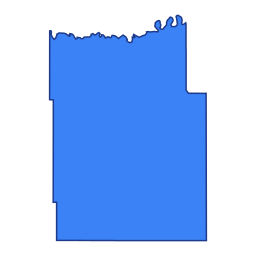 the district of Tripp, South Dakota, United States of America
{"feature_id": "52423323B24567784344000", "entity_name": "Tripp", "entity_type": "district", "adm_level": 2, "iso_a3": "USA", "parent_name": "United States of America", "parent_adm1": "South Dakota", "projection": "equal_earth", "projection_center": [-99.824, 43.382], "detail": "fine", "context": "isolated", "style": "filled", "palette": "blue", "viewbox_px": 256, "rotation_deg": 0, "n_neighbors": 0, "source": "geoboundaries", "source_scale": "gbopen_adm2", "svg_char_len": 3014}
<svg xmlns="http://www.w3.org/2000/svg" viewBox="0 0 256 256"><path d="M49.7,30.8L49.6,99.7L53.3,99.9L53.3,125.4L53.2,202.3L56.6,202.2L56.6,240.4L72.7,240.4L72.8,240.4L74.5,240.4L93.6,240.5L95.1,240.5L100.3,240.5L110.1,240.5L112.4,240.5L112.5,240.5L117.7,240.6L119.8,240.6L128.9,240.6L130.7,240.6L132.9,240.6L135.2,240.6L141.5,240.6L144.3,240.6L145.7,240.6L146.4,240.6L149.1,240.6L153.6,240.6L159.3,240.6L163.0,240.6L164.7,240.6L168.7,240.6L169.2,240.6L198.5,240.6L206.1,240.6L206.4,240.6L206.1,93.3L203.9,93.4L198.0,93.3L192.2,93.3L188.4,93.3L186.1,90.1L186.1,85.2L186.1,80.5L186.1,72.6L186.1,70.0L186.1,62.2L186.1,53.5L186.0,45.0L186.0,35.2L186.0,23.8L185.7,22.8L185.4,23.0L184.9,23.4L184.5,23.8L184.0,24.1L183.4,24.3L182.9,24.5L182.1,24.4L181.9,24.2L181.6,23.8L181.7,23.2L181.8,22.6L181.9,22.4L181.8,21.5L182.0,21.1L182.1,20.3L182.0,19.7L181.9,19.2L181.6,18.1L181.1,17.2L180.4,16.8L179.6,16.3L178.6,15.5L178.1,15.4L177.4,15.4L176.9,15.7L176.5,15.9L176.2,16.3L176.2,16.9L176.3,17.6L176.5,17.9L176.7,18.5L176.6,19.1L176.8,19.7L176.9,20.1L177.0,20.7L177.0,21.9L177.3,22.5L177.3,23.4L177.4,24.1L177.2,24.7L176.8,25.2L176.5,25.5L176.2,25.9L175.8,26.1L175.4,26.4L174.6,26.6L173.0,26.6L172.2,26.6L171.9,26.5L171.6,26.1L171.2,25.8L170.9,25.0L171.1,24.3L171.3,23.7L171.7,23.2L171.9,22.9L172.2,22.5L172.3,22.2L172.5,21.9L172.8,21.3L173.0,21.0L173.1,20.6L173.0,20.1L172.9,19.6L172.8,19.1L172.6,18.6L172.3,18.1L171.8,17.7L171.2,17.5L170.7,17.1L170.2,17.2L169.6,17.7L169.2,18.2L169.0,18.7L168.6,19.3L168.3,19.6L167.9,19.7L167.6,20.0L167.3,20.5L167.0,21.1L166.9,21.6L166.8,22.0L166.6,22.4L166.6,22.9L166.6,23.7L166.6,24.2L166.5,24.9L166.4,25.2L165.9,25.6L165.0,26.6L164.0,27.6L163.7,28.2L163.2,28.7L162.9,29.0L162.4,29.2L161.7,29.3L161.2,29.1L160.9,28.9L160.5,28.6L160.2,28.3L159.8,27.9L160.2,27.4L160.4,26.8L160.6,26.2L160.7,25.6L160.7,24.9L160.7,24.5L160.4,24.2L160.2,23.7L160.2,23.2L160.1,22.9L160.0,21.6L159.9,21.2L159.5,20.8L158.9,20.6L158.1,20.7L157.3,21.0L155.3,22.8L154.9,26.4L156.0,27.9L158.3,30.4L158.0,31.8L157.7,31.8L157.2,31.8L154.2,31.5L150.1,32.0L148.4,31.6L146.5,31.9L146.7,32.9L145.4,34.8L142.2,35.9L139.3,37.3L135.3,35.4L133.7,34.4L133.3,35.6L134.4,36.7L134.8,37.2L133.9,37.7L133.1,37.2L132.3,37.1L132.4,39.6L131.8,42.1L129.5,42.6L128.2,42.0L126.7,40.4L127.3,39.6L125.8,36.9L123.0,35.1L121.3,36.4L120.4,37.0L118.5,38.5L116.8,37.1L115.1,35.9L112.7,35.4L112.1,35.4L111.7,36.2L111.6,36.9L110.6,37.8L108.9,37.0L107.3,36.9L106.9,37.6L105.2,37.9L104.9,36.8L103.2,35.0L101.6,34.8L101.8,35.7L100.8,37.0L100.0,37.0L99.3,35.5L100.0,33.9L99.0,32.6L97.4,33.3L96.3,34.3L95.3,35.0L94.1,34.6L93.0,33.6L91.1,34.4L91.3,35.4L89.7,37.0L88.1,37.0L84.1,37.1L83.1,38.6L81.3,38.7L80.2,37.8L77.2,37.3L77.2,38.3L76.0,39.1L74.5,37.4L73.4,35.2L72.0,34.0L70.0,33.6L69.3,34.7L69.7,35.0L70.3,35.4L69.5,36.2L68.8,35.9L65.7,33.7L63.8,33.2L61.4,33.1L58.9,33.0L56.9,34.2L56.7,35.4L56.0,37.3L55.3,38.6L54.1,39.4L53.8,38.8L52.4,37.4L51.1,34.5L51.4,32.0L51.1,31.0L50.0,30.7L49.7,30.8Z" fill="#3b82f6" stroke="#1e3a8a" stroke-width="1.5"/></svg>